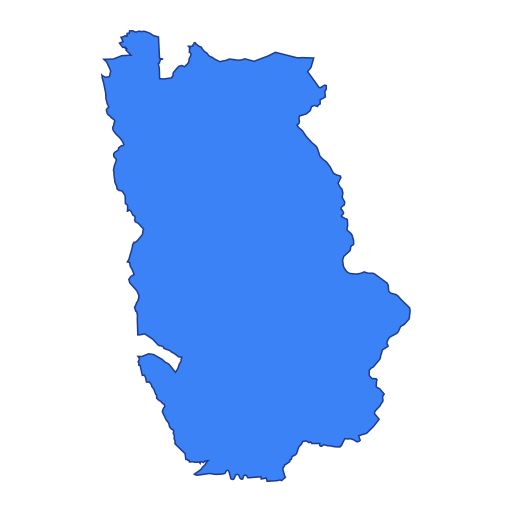 Corbi, Arges, Romania
{"feature_id": "2599482B64907483378963", "entity_name": "Corbi", "entity_type": "district", "adm_level": 2, "iso_a3": "ROU", "parent_name": "Romania", "parent_adm1": "Arges", "projection": "robinson", "projection_center": [24.82, 45.271], "detail": "fine", "context": "isolated", "style": "filled", "palette": "blue", "viewbox_px": 512, "rotation_deg": 0, "n_neighbors": 0, "source": "geoboundaries", "source_scale": "gbopen_adm2", "svg_char_len": 6015}
<svg xmlns="http://www.w3.org/2000/svg" viewBox="0 0 512 512"><path d="M382.8,401.4L383.0,400.2L382.6,397.6L382.7,396.3L384.2,394.1L379.7,388.8L377.0,387.4L376.2,386.6L376.5,381.5L377.0,379.9L376.3,378.9L375.6,378.7L371.9,378.5L369.5,375.9L369.1,374.3L369.3,372.0L369.0,370.8L370.8,368.4L373.4,366.9L379.9,359.1L380.6,357.2L380.5,355.5L381.2,354.4L382.2,350.4L382.6,349.8L388.0,346.4L388.0,345.5L387.0,343.7L387.0,342.2L388.2,339.1L389.9,337.0L396.9,333.3L398.4,331.4L400.6,326.5L404.3,324.4L408.9,319.2L409.3,317.9L410.1,311.0L409.7,307.9L400.5,298.9L398.1,296.1L396.1,294.6L390.6,293.1L388.7,291.1L388.3,286.3L387.9,284.5L387.1,283.1L374.7,274.0L372.9,273.2L368.0,273.2L364.2,271.9L360.5,273.4L356.2,274.1L349.6,273.4L346.7,271.6L343.9,267.5L343.3,265.6L342.6,260.1L343.9,256.2L349.9,250.8L350.5,249.2L350.6,247.1L351.6,245.6L353.3,244.8L353.7,243.9L353.6,240.5L352.1,235.2L350.9,233.4L347.0,230.1L347.2,227.3L347.7,225.6L347.3,219.7L346.5,218.9L345.2,218.6L341.4,216.4L341.4,215.7L343.3,213.8L343.6,213.0L342.4,210.3L341.1,209.4L341.1,208.0L341.8,206.7L344.2,205.0L344.8,202.2L342.2,197.4L342.9,192.9L342.0,189.2L339.9,186.8L338.1,183.4L340.9,177.4L340.3,176.0L336.8,175.0L333.4,173.2L330.1,166.8L326.6,162.1L322.4,158.8L320.0,156.2L317.2,147.9L315.6,145.7L312.1,142.9L306.3,136.6L302.3,130.6L298.8,127.7L297.0,125.2L297.2,124.6L298.3,124.1L299.1,123.1L299.4,121.0L298.9,118.3L299.5,116.0L306.5,113.8L310.3,110.5L311.5,106.7L314.5,105.4L317.5,106.5L318.1,105.2L320.2,103.9L320.1,99.9L325.4,96.9L324.8,91.7L326.3,89.1L326.3,85.6L324.7,85.1L320.4,87.7L319.2,87.6L307.6,71.6L311.0,67.4L313.7,58.0L302.4,57.6L297.5,57.9L275.4,52.3L268.0,56.0L254.0,61.3L244.8,58.8L241.8,59.9L238.1,60.2L229.5,59.0L225.4,60.6L222.4,61.0L220.0,61.8L215.0,59.3L211.7,57.0L210.5,56.9L208.6,55.4L206.8,53.0L204.4,51.5L201.9,48.5L201.5,47.2L199.2,46.4L195.9,43.9L195.5,42.9L195.0,42.6L194.2,42.8L193.7,44.2L193.1,44.7L192.9,46.0L192.3,45.9L190.6,46.7L190.2,46.3L188.5,46.3L190.0,48.1L189.8,48.8L189.4,49.0L189.6,51.6L189.2,52.1L190.2,52.7L190.9,53.8L191.0,54.8L190.1,57.2L189.2,58.5L188.8,61.9L187.2,64.2L184.4,66.8L181.9,65.5L179.0,66.2L176.9,68.3L173.3,72.6L172.8,76.3L172.2,76.5L171.9,77.8L163.5,79.0L159.6,78.6L159.3,68.2L158.3,63.7L159.5,62.9L159.4,61.7L160.0,61.1L160.1,60.1L160.5,59.5L163.1,59.1L159.5,58.3L158.5,37.0L153.2,35.5L150.0,33.3L145.8,31.7L143.9,31.2L141.2,31.7L140.0,31.2L138.8,31.2L136.2,32.1L134.2,31.7L132.9,30.7L129.6,30.9L129.2,33.2L127.1,33.4L126.9,36.3L125.6,35.8L124.5,35.9L123.9,36.7L121.0,37.2L123.1,41.7L119.5,43.1L122.7,47.4L125.3,47.2L125.5,47.5L124.9,47.9L125.9,48.5L126.6,48.5L126.9,48.8L125.9,50.0L131.0,55.2L121.8,55.7L113.1,59.1L103.8,59.3L106.6,61.9L110.7,70.8L109.5,76.6L105.4,77.3L102.3,75.6L101.9,75.2L102.3,78.4L103.6,82.8L105.7,93.3L106.0,99.2L106.8,101.6L107.0,103.3L108.8,106.9L106.5,109.4L106.5,110.8L107.4,113.8L108.5,115.1L110.6,116.5L110.9,117.4L114.2,119.8L114.9,121.3L114.0,123.0L113.7,125.4L112.8,127.0L112.8,128.9L113.3,130.5L115.7,133.8L120.1,138.1L122.7,141.7L123.9,144.6L122.4,145.9L121.5,145.7L118.5,147.9L118.7,148.9L118.2,150.0L114.5,152.5L113.6,154.1L113.8,156.5L116.2,159.3L116.4,160.0L114.6,165.0L113.6,169.2L113.5,170.6L114.0,172.5L113.9,173.6L114.9,182.2L116.9,186.8L116.9,188.3L117.2,189.0L119.0,190.4L122.1,191.0L125.1,195.5L125.4,203.7L126.5,204.2L127.7,205.6L127.4,211.2L128.0,211.0L128.9,209.9L130.3,210.6L131.3,211.7L132.8,215.1L134.7,216.2L135.2,218.2L134.6,220.0L135.3,221.8L138.1,223.2L143.6,229.1L143.1,230.2L142.5,234.2L142.0,235.1L137.4,240.6L135.0,242.6L134.0,242.2L132.7,244.7L132.0,248.6L128.8,259.6L127.3,261.9L129.7,262.6L130.2,266.2L132.2,269.6L134.1,274.5L130.9,276.4L128.8,279.4L129.8,282.9L136.8,290.7L138.8,295.2L138.7,298.8L138.4,298.9L137.8,301.0L136.6,302.7L135.4,306.0L134.5,307.2L135.9,311.4L136.5,311.5L136.9,312.4L137.4,315.3L137.3,319.3L137.8,334.9L140.5,334.8L143.6,334.0L145.2,334.1L153.0,339.4L158.2,345.1L159.6,345.7L161.0,345.7L163.3,346.9L164.1,348.5L169.8,350.5L171.6,352.1L174.3,353.5L178.7,356.9L181.7,357.0L181.7,358.0L181.0,359.6L181.3,360.9L179.4,363.9L177.9,368.5L175.5,372.3L168.7,364.0L164.8,361.9L162.5,359.6L153.5,354.5L148.6,353.8L141.8,356.5L138.0,356.4L139.2,358.0L139.3,359.7L138.2,361.5L138.4,362.5L138.9,363.1L138.8,365.1L139.6,365.1L140.1,365.5L142.3,375.4L144.0,375.1L145.0,376.3L145.6,377.7L146.4,381.9L147.1,382.2L149.4,382.0L151.5,384.9L151.7,386.4L153.8,389.1L155.8,394.4L156.6,395.0L156.7,398.3L159.2,400.5L160.9,401.4L161.8,402.7L163.0,403.7L164.1,404.2L164.9,406.5L163.8,407.7L162.8,409.8L162.4,412.0L166.2,419.9L168.9,423.5L169.2,425.7L170.1,427.7L171.8,429.4L173.0,429.7L173.7,431.3L173.2,433.5L174.0,434.5L174.4,436.4L174.1,438.4L175.0,441.0L175.0,443.8L185.1,453.7L185.8,459.4L187.3,459.6L188.2,460.6L189.1,460.4L189.5,461.0L189.5,462.0L192.7,461.7L194.8,462.3L199.2,462.1L200.1,463.3L200.3,462.2L201.0,461.7L201.8,461.7L203.4,462.6L205.0,461.1L208.1,460.7L206.2,462.6L205.3,464.5L202.8,466.9L200.9,469.5L194.3,474.2L195.8,475.0L197.4,475.2L209.5,473.5L215.5,474.4L220.6,474.2L223.7,473.8L224.9,473.3L225.4,472.8L226.4,470.7L227.6,470.3L228.3,470.6L228.9,471.3L230.9,478.8L232.7,479.5L233.6,479.2L234.2,478.4L235.7,474.9L237.4,474.3L238.6,475.0L240.1,478.2L241.4,479.3L242.7,479.0L243.8,475.6L245.1,475.0L246.4,475.6L248.0,477.8L260.9,476.8L261.2,479.0L266.3,478.1L267.1,481.3L277.8,480.6L279.0,480.1L280.6,480.1L281.7,480.6L285.4,477.3L284.9,476.6L282.9,469.8L283.1,467.7L284.0,466.8L284.9,464.6L285.8,464.4L289.6,461.7L289.9,461.0L289.9,459.9L291.2,459.4L292.0,456.9L292.8,456.0L294.6,455.4L296.5,453.7L298.9,446.8L301.2,444.5L302.8,441.4L306.5,441.0L309.0,442.6L310.7,442.0L311.8,443.5L319.9,443.5L319.7,445.4L320.4,446.1L321.7,446.3L323.3,444.9L325.9,445.1L327.6,445.8L329.8,445.8L335.1,446.8L339.9,447.0L340.3,445.9L341.3,445.8L344.8,438.6L347.8,439.0L349.7,438.7L351.5,439.0L354.0,440.0L357.0,441.9L358.9,441.3L360.2,440.3L358.6,435.7L366.6,433.3L373.4,426.6L379.1,419.3L374.5,413.6L374.6,412.2L375.6,410.5L380.2,405.7L380.6,404.5L382.8,401.4Z" fill="#3b82f6" stroke="#1e3a8a" stroke-width="1.5"/></svg>